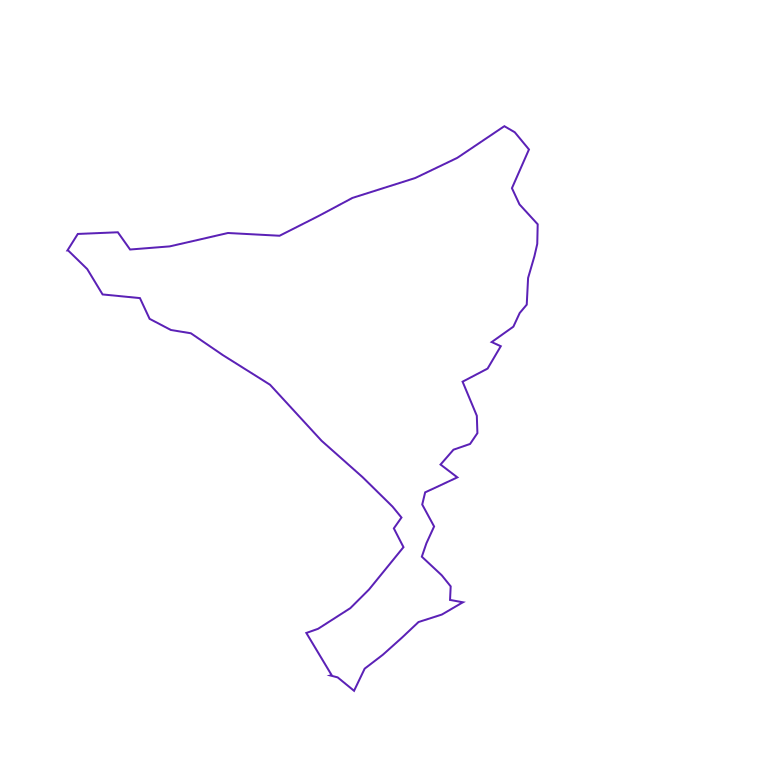 Lempa, Paphos, Cyprus (Equal Earth projection), rotated 245°
{"feature_id": "46923920B20974023634209", "entity_name": "Lempa", "entity_type": "district", "adm_level": 2, "iso_a3": "CYP", "parent_name": "Cyprus", "parent_adm1": "Paphos", "projection": "equal_earth", "projection_center": [32.402, 34.812], "detail": "fine", "context": "isolated", "style": "outline", "palette": "violet", "viewbox_px": 768, "rotation_deg": 245, "n_neighbors": 0, "source": "geoboundaries", "source_scale": "gbopen_adm2", "svg_char_len": 1054}
<svg xmlns="http://www.w3.org/2000/svg" viewBox="0 0 768 768"><g transform="rotate(245 384 384)"><path d="M142.5,212.2L137.7,218.0L118.6,227.2L134.2,246.2L139.1,268.5L146.6,293.3L153.7,314.7L150.6,339.0L152.7,361.7L152.8,363.3L160.4,352.6L172.4,358.9L186.2,355.5L211.5,345.3L221.7,355.1L233.7,369.2L258.6,367.7L268.4,375.5L268.4,399.8L268.4,411.0L287.1,401.2L295.1,419.2L293.3,436.7L300.0,447.9L316.0,454.7L352.9,456.2L354.2,484.4L368.9,505.8L376.5,499.3L381.3,525.5L391.0,537.0L395.6,546.9L419.2,559.4L436.2,574.3L446.2,582.1L463.8,590.8L489.5,582.7L507.4,582.7L535.3,614.5L556.9,608.9L566.8,602.0L562.4,574.0L558.0,546.0L557.5,499.3L566.0,434.0L563.9,395.3L562.5,352.0L586.8,306.4L599.3,247.9L613.2,210.7L634.0,206.9L649.4,169.9L638.8,153.5L638.4,154.2L613.6,163.6L584.1,166.8L565.0,199.1L542.1,199.1L523.0,213.7L511.6,230.4L478.2,250.2L431.5,280.4L359.0,303.4L308.4,325.3L269.3,339.9L255.6,343.4L249.0,331.9L227.9,332.7L204.1,283.6L195.1,258.8L190.0,220.8L191.2,208.4L142.3,213.5L142.5,212.2Z" fill="none" stroke="#5b21b6" stroke-width="2"/></g></svg>